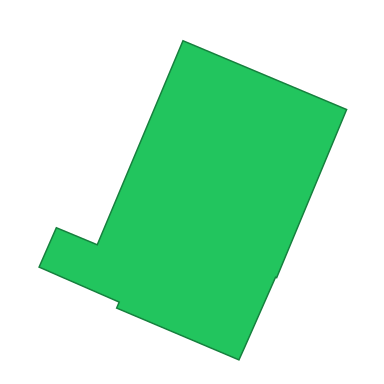 Rio Grande, Colorado, United States of America, rotated 293°
{"feature_id": "52423323B79195844352338", "entity_name": "Rio Grande", "entity_type": "district", "adm_level": 2, "iso_a3": "USA", "parent_name": "United States of America", "parent_adm1": "Colorado", "projection": "albers", "projection_center": [-106.533, 37.617], "detail": "fine", "context": "isolated", "style": "filled", "palette": "green", "viewbox_px": 384, "rotation_deg": 293, "n_neighbors": 0, "source": "geoboundaries", "source_scale": "gbopen_adm2", "svg_char_len": 307}
<svg xmlns="http://www.w3.org/2000/svg" viewBox="0 0 384 384"><g transform="rotate(293 192 192)"><path d="M69.0,301.1L146.2,302.2L146.2,303.4L328.3,302.1L327.7,124.6L106.4,125.4L106.1,81.1L63.1,80.6L62.2,168.0L55.7,168.0L55.8,300.8L69.0,301.1Z" fill="#22c55e" stroke="#15803d" stroke-width="1.5"/></g></svg>